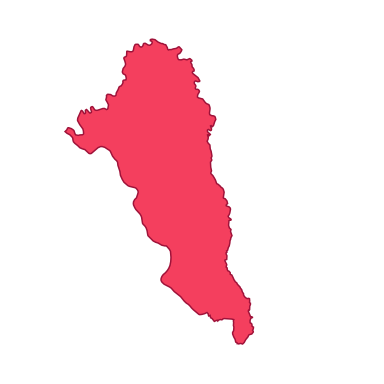 Puerto Salgar, Cundinamarca, Colombia (orthographic projection), rotated 324°
{"feature_id": "7082276B40281843469492", "entity_name": "Puerto Salgar", "entity_type": "district", "adm_level": 2, "iso_a3": "COL", "parent_name": "Colombia", "parent_adm1": "Cundinamarca", "projection": "orthographic", "projection_center": [-74.592, 5.587], "detail": "fine", "context": "isolated", "style": "filled", "palette": "rose", "viewbox_px": 384, "rotation_deg": 324, "n_neighbors": 0, "source": "geoboundaries", "source_scale": "gbopen_adm2", "svg_char_len": 5990}
<svg xmlns="http://www.w3.org/2000/svg" viewBox="0 0 384 384"><g transform="rotate(324 192 192)"><path d="M124.8,68.5L125.4,71.1L126.8,73.8L127.3,77.4L127.2,78.3L126.2,80.1L125.6,81.7L125.8,83.7L126.8,87.3L127.3,90.3L128.6,92.5L130.3,94.8L131.3,100.1L131.6,100.6L132.7,101.5L133.6,101.6L142.1,100.9L144.7,101.5L146.0,102.4L147.7,104.6L149.8,110.1L149.8,111.4L148.8,116.3L148.9,120.0L149.4,122.4L149.3,124.1L147.7,127.0L145.8,132.9L143.9,136.5L143.0,140.8L142.7,144.2L143.9,149.2L144.6,150.5L148.5,155.1L149.0,156.2L149.1,158.3L148.9,159.5L148.2,160.7L146.7,161.9L143.6,164.1L141.2,164.4L139.0,165.5L137.8,166.8L137.1,168.1L136.5,171.0L136.3,173.2L137.0,179.2L136.8,181.3L136.3,183.0L133.6,188.2L133.5,189.2L133.9,192.1L133.8,194.0L133.0,196.7L131.1,200.5L130.7,201.5L131.8,208.7L133.0,211.2L134.6,213.4L136.3,217.3L138.4,219.7L139.4,220.4L139.7,221.1L140.0,225.2L139.7,227.4L136.6,232.5L135.4,234.0L133.8,235.9L131.0,238.5L128.3,240.1L126.0,241.0L123.1,241.7L120.2,241.9L118.1,242.6L116.3,243.7L115.4,244.7L114.9,245.6L114.7,247.4L115.3,250.4L118.0,255.6L118.7,257.6L119.1,262.1L121.3,269.9L121.6,275.8L122.1,278.5L123.0,280.8L123.4,283.2L123.5,285.6L123.9,288.1L125.6,294.9L125.9,295.5L126.7,296.1L128.2,296.9L130.9,297.9L133.3,298.3L133.5,300.2L133.1,300.7L132.6,302.1L133.0,302.4L134.1,302.5L133.1,304.7L133.5,305.2L133.9,306.5L134.0,309.8L136.5,310.3L137.0,310.9L137.0,311.5L137.3,311.4L137.5,311.0L137.9,311.4L138.3,311.3L139.8,311.7L141.1,313.0L142.3,312.9L143.5,313.2L149.4,318.1L150.8,319.8L149.7,320.6L149.0,322.0L147.0,324.4L146.5,325.9L144.5,328.3L143.4,329.1L142.5,329.3L142.0,329.9L141.4,330.8L140.6,333.8L140.2,336.8L139.3,338.7L139.2,339.3L139.8,340.3L139.4,341.3L140.1,341.7L140.5,342.4L142.1,342.9L143.0,343.9L143.4,344.6L144.0,344.7L145.8,344.4L148.7,343.0L152.1,342.1L153.6,341.2L154.4,341.1L156.9,342.0L159.3,341.3L159.7,340.6L159.7,339.5L161.1,338.8L162.3,337.5L161.7,336.0L162.8,334.0L162.6,332.7L162.2,332.3L162.3,331.7L163.5,330.0L165.1,328.9L166.0,328.8L167.1,329.1L167.3,328.8L166.9,327.9L166.1,327.4L166.1,327.2L167.5,321.5L168.3,320.8L168.6,320.8L168.8,321.3L169.4,321.1L171.7,318.2L173.1,317.4L173.9,316.3L173.6,315.7L173.6,315.2L174.8,313.8L175.8,312.1L175.4,311.4L173.9,310.6L173.2,308.9L173.0,307.3L173.2,305.6L173.9,304.6L174.0,302.4L174.8,300.1L174.7,298.0L175.0,297.2L174.5,293.3L174.8,291.8L174.2,289.9L174.5,288.3L174.3,287.6L174.7,286.5L175.4,282.6L174.6,281.1L175.5,279.7L175.4,277.9L174.7,276.8L175.0,275.2L175.8,274.2L175.5,272.9L176.3,272.0L177.0,271.6L177.5,271.0L178.1,267.4L178.5,266.5L179.1,266.5L180.4,267.0L182.8,264.1L183.1,262.5L183.7,261.3L185.0,261.2L185.3,260.0L186.5,260.1L188.7,258.3L190.4,257.5L192.5,255.6L194.2,253.7L195.5,252.9L196.5,251.9L198.7,250.8L199.8,247.1L200.2,246.3L201.4,245.4L201.5,245.0L201.1,243.2L201.8,240.9L202.3,240.1L205.1,236.9L205.7,236.9L206.6,237.5L207.3,237.5L207.5,236.5L206.9,235.1L206.7,234.1L207.0,232.8L208.5,232.3L210.1,231.3L212.9,228.7L213.5,227.6L213.3,225.9L211.6,223.4L211.8,222.9L212.5,222.4L214.0,222.3L215.0,219.8L214.9,217.1L213.9,215.5L213.9,215.1L217.9,211.0L218.9,208.2L218.9,206.8L218.3,205.1L218.3,203.7L217.9,202.8L217.9,201.7L216.9,199.7L218.0,196.0L218.2,194.4L218.5,191.3L218.1,188.1L218.6,187.4L220.2,186.4L221.7,183.0L224.5,178.7L226.8,177.8L227.5,175.7L228.9,175.0L229.5,174.2L231.4,170.3L232.1,167.8L234.1,164.5L233.8,161.9L234.1,159.8L236.0,158.7L237.1,157.6L238.1,154.9L238.6,155.0L239.0,155.4L238.9,156.5L240.6,156.3L240.6,155.1L240.0,153.2L240.2,151.9L240.9,151.0L241.4,150.9L242.1,151.1L242.9,153.1L243.7,153.4L244.3,153.1L244.9,152.3L245.8,149.4L246.5,149.5L246.8,151.1L247.3,151.1L248.5,150.8L251.8,148.4L253.9,147.3L254.8,145.1L254.8,144.1L254.1,143.0L252.8,141.8L251.8,139.8L252.5,138.4L255.4,135.4L256.1,134.3L256.8,132.4L257.0,131.2L255.8,129.2L255.5,128.4L255.3,126.9L255.3,123.0L252.5,119.6L252.2,118.4L253.7,116.7L256.4,115.5L257.3,114.8L257.4,113.4L257.0,112.3L256.1,111.7L255.6,111.1L255.5,110.5L255.8,109.8L257.4,108.6L257.7,107.6L257.6,105.8L258.1,104.8L258.5,104.4L259.8,104.1L260.3,104.4L261.5,106.2L263.1,107.0L263.6,106.7L264.1,103.0L262.4,97.0L262.4,95.7L263.0,95.1L263.6,94.9L264.5,95.3L264.8,95.3L265.5,94.5L265.9,92.9L265.7,90.8L266.8,88.9L267.2,86.2L267.6,85.8L269.0,86.0L269.3,85.2L268.8,83.1L268.5,82.7L265.6,82.1L263.5,79.7L260.8,78.7L259.1,77.2L258.9,76.3L259.6,74.2L260.3,73.1L260.9,72.5L262.0,72.3L263.3,72.6L264.3,72.5L266.5,71.6L267.4,70.9L267.0,67.2L266.7,66.8L266.0,66.6L263.8,66.6L260.9,65.2L258.9,64.6L257.6,63.6L256.5,63.3L256.2,62.4L256.9,60.7L257.3,57.4L256.2,56.3L255.5,54.7L254.4,53.8L252.7,50.8L251.6,47.0L249.6,44.9L248.2,44.3L247.7,44.4L247.2,45.2L248.0,46.3L248.0,46.8L247.6,47.8L246.2,48.6L244.1,48.5L242.9,47.3L241.7,44.4L240.6,43.6L239.8,43.6L238.3,44.8L237.6,45.0L236.6,45.1L236.0,44.8L235.5,44.2L235.2,43.3L235.3,41.5L235.1,40.7L233.4,39.5L232.6,39.3L230.5,40.4L227.8,42.9L226.9,43.3L225.9,43.2L224.9,42.6L222.3,39.9L221.9,39.9L219.5,42.9L218.7,43.5L217.9,43.6L216.6,43.2L216.0,43.3L215.4,43.9L214.5,47.0L213.7,49.0L213.1,49.9L211.5,50.9L208.9,51.6L206.4,53.7L206.0,54.4L205.8,55.9L206.8,58.0L206.7,59.1L205.7,61.3L204.5,62.4L202.2,61.3L201.8,61.4L201.2,61.7L200.5,62.9L198.9,63.9L197.0,64.5L196.3,64.2L194.7,64.2L192.6,65.6L188.9,67.4L187.4,69.0L186.8,69.2L185.5,68.8L184.3,67.6L183.5,65.4L181.5,63.6L180.9,63.3L179.6,63.6L178.6,65.0L176.6,66.7L176.4,67.3L176.3,69.0L175.7,72.4L172.9,75.1L172.2,75.3L171.2,75.0L170.4,73.1L169.1,72.1L163.5,70.3L162.6,69.7L161.9,69.0L161.6,68.0L161.8,65.1L161.6,64.4L161.1,64.1L159.9,64.0L159.4,64.4L159.0,64.9L157.8,68.1L157.3,68.4L156.3,68.4L155.6,67.8L155.4,64.4L155.1,63.2L153.9,63.2L153.5,63.5L152.4,65.4L151.9,65.6L151.3,65.6L150.8,65.2L150.8,64.7L151.0,62.1L150.6,61.1L150.1,61.0L143.0,65.1L141.6,66.6L141.3,67.5L140.8,71.5L140.8,76.8L140.0,78.8L138.8,80.8L138.3,81.3L137.6,81.4L136.8,81.2L135.0,80.0L133.2,79.3L131.5,77.4L131.6,75.9L132.5,73.3L132.5,72.3L131.7,69.9L130.0,67.5L129.5,67.2L128.9,67.2L127.3,68.1L124.8,68.5Z" fill="#f43f5e" stroke="#9f1239" stroke-width="1.5"/></g></svg>